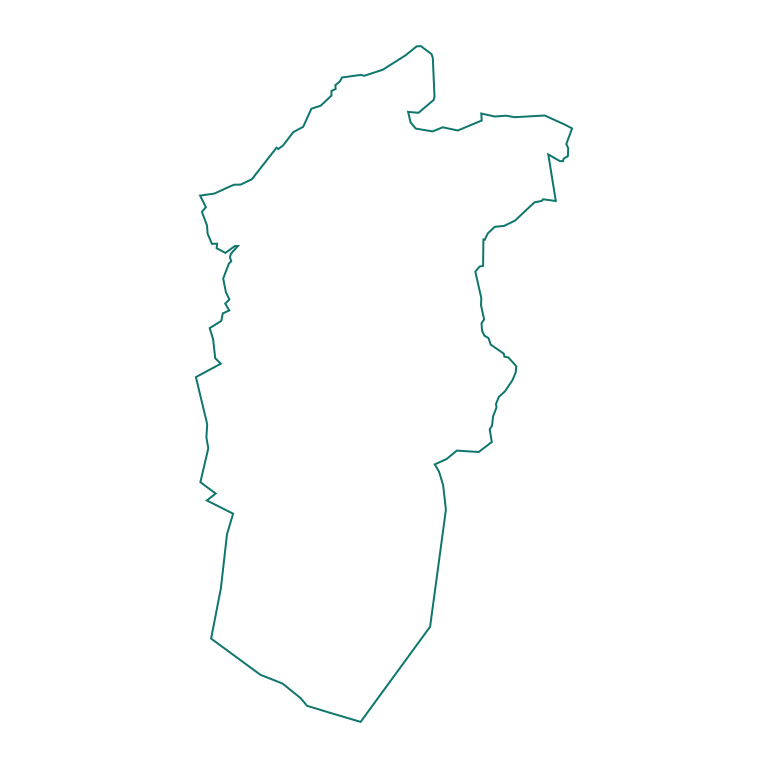 outline of Firhouse-Bohernabreena Lea-5, South Dublin, Ireland
{"feature_id": "5873133B21460579019232", "entity_name": "Firhouse-Bohernabreena Lea-5", "entity_type": "district", "adm_level": 2, "iso_a3": "IRL", "parent_name": "Ireland", "parent_adm1": "South Dublin", "projection": "mercator", "projection_center": [-6.327, 53.236], "detail": "fine", "context": "isolated", "style": "outline", "palette": "teal", "viewbox_px": 768, "rotation_deg": 0, "n_neighbors": 0, "source": "geoboundaries", "source_scale": "gbopen_adm2", "svg_char_len": 1756}
<svg xmlns="http://www.w3.org/2000/svg" viewBox="0 0 768 768"><path d="M229.1,186.8L214.3,193.6L200.1,195.6L205.9,207.2L201.9,211.8L207.0,225.5L207.6,233.7L211.9,243.8L217.1,243.7L216.6,248.2L225.4,252.9L234.8,246.1L237.9,246.0L230.9,253.8L229.9,257.4L231.3,261.2L228.9,263.6L223.2,278.5L225.9,292.2L229.4,299.5L225.2,303.6L229.3,310.4L222.8,313.4L221.3,320.9L209.7,328.1L213.1,339.1L215.2,358.2L220.8,363.7L195.9,377.1L207.2,424.2L206.4,437.4L208.3,448.3L200.4,482.2L215.6,493.5L206.9,500.5L233.1,513.7L227.0,534.3L220.9,588.2L211.1,638.6L260.4,674.8L282.6,683.6L300.9,698.4L307.0,705.8L330.3,712.9L360.6,721.9L430.1,626.7L445.9,509.8L443.1,485.0L439.0,471.6L434.8,464.4L446.6,459.0L456.8,450.6L478.7,452.0L491.8,442.0L489.7,429.3L492.0,425.8L493.1,416.3L496.5,407.4L496.0,403.9L498.9,396.8L505.0,391.3L512.4,380.3L515.7,372.6L516.3,366.2L508.3,357.4L504.4,356.7L503.8,353.7L490.7,344.6L488.6,338.2L484.4,335.6L482.1,330.8L481.5,323.4L484.1,319.4L481.0,305.2L481.3,298.1L475.3,271.6L479.5,266.6L483.1,265.9L483.4,239.5L484.7,239.8L487.8,233.4L494.8,226.8L504.1,225.9L515.0,220.6L534.5,202.3L541.6,201.0L543.1,199.3L555.8,201.0L548.3,154.5L559.9,161.1L563.0,161.2L563.6,158.7L567.9,156.1L568.2,148.1L566.3,144.0L572.1,128.4L564.2,124.3L544.7,115.5L514.7,117.2L506.1,115.7L494.7,116.5L481.3,113.5L481.7,120.5L457.8,130.5L442.8,127.3L432.5,131.4L415.8,128.6L410.6,122.5L408.1,111.9L418.5,112.8L433.6,100.0L434.5,96.7L432.8,57.9L431.5,54.1L420.8,46.1L416.6,46.4L405.7,55.2L382.8,69.7L364.2,75.8L360.6,74.9L342.0,77.5L339.8,81.6L335.4,85.1L335.6,89.0L331.5,90.9L331.4,95.6L320.7,105.7L311.4,108.7L303.2,126.8L293.2,132.2L283.1,145.4L278.3,149.0L276.5,147.7L251.9,179.2L240.6,184.6L234.2,184.7L229.1,186.8Z" fill="none" stroke="#0f766e" stroke-width="2"/></svg>